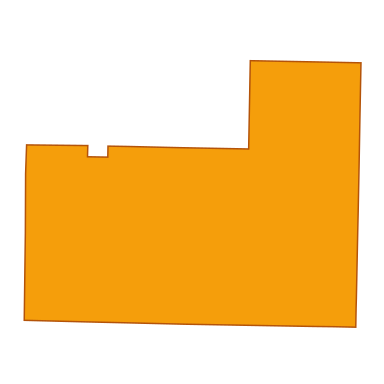 outline of McKinley, New Mexico, United States of America, rotated 181°
{"feature_id": "52423323B62088987492925", "entity_name": "McKinley", "entity_type": "district", "adm_level": 2, "iso_a3": "USA", "parent_name": "United States of America", "parent_adm1": "New Mexico", "projection": "equal_earth", "projection_center": [-108.491, 35.481], "detail": "fine", "context": "isolated", "style": "filled", "palette": "amber", "viewbox_px": 384, "rotation_deg": 181, "n_neighbors": 0, "source": "geoboundaries", "source_scale": "gbopen_adm2", "svg_char_len": 606}
<svg xmlns="http://www.w3.org/2000/svg" viewBox="0 0 384 384"><g transform="rotate(181 192 192)"><path d="M25.9,59.7L25.9,59.8L25.9,79.1L25.8,88.5L25.8,90.8L25.6,157.4L25.6,158.0L25.5,175.2L25.4,221.5L25.4,226.8L25.4,233.3L25.4,250.3L25.4,269.3L25.3,324.1L62.8,324.2L126.5,324.3L129.5,324.3L136.0,324.3L136.1,239.4L136.1,237.8L136.1,236.0L204.3,236.1L257.4,236.4L276.8,236.4L276.8,225.4L297.1,225.4L297.0,236.6L358.2,236.2L358.7,207.4L357.9,147.7L357.5,60.8L296.8,60.3L260.7,60.1L196.7,59.7L123.7,59.7L72.0,59.7L67.7,59.7L48.1,59.8L25.9,59.7Z" fill="#f59e0b" stroke="#b45309" stroke-width="1.5"/></g></svg>